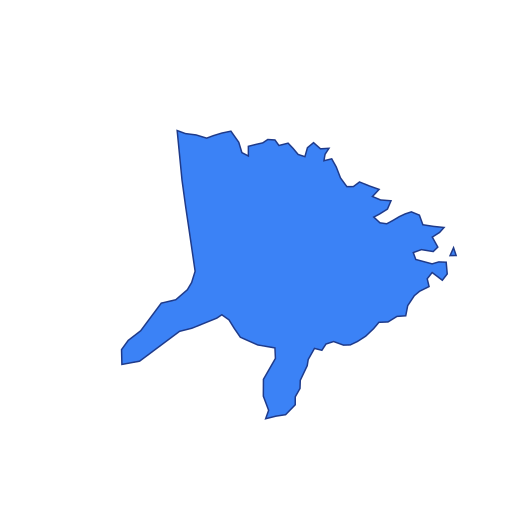 São Valério do Sul, Rio Grande do Sul, Brazil, rotated 146°
{"feature_id": "56859067B99294936574349", "entity_name": "São Valério do Sul", "entity_type": "district", "adm_level": 2, "iso_a3": "BRA", "parent_name": "Brazil", "parent_adm1": "Rio Grande do Sul", "projection": "orthographic", "projection_center": [-53.922, -27.829], "detail": "fine", "context": "isolated", "style": "filled", "palette": "blue", "viewbox_px": 512, "rotation_deg": 146, "n_neighbors": 0, "source": "geoboundaries", "source_scale": "gbopen_adm2", "svg_char_len": 1615}
<svg xmlns="http://www.w3.org/2000/svg" viewBox="0 0 512 512"><g transform="rotate(146 256 256)"><path d="M116.7,242.4L123.0,250.9L128.8,259.5L136.5,259.1L141.9,262.7L142.3,273.5L139.7,284.9L138.9,294.2L146.4,297.0L141.9,301.7L135.3,304.5L142.6,308.8L144.9,317.8L152.8,317.0L159.9,311.0L164.3,316.6L165.1,324.5L166.3,331.6L175.2,334.8L175.4,341.6L181.1,346.0L187.1,346.0L193.5,348.5L201.0,351.2L206.4,343.2L209.9,349.6L206.7,359.9L207.0,373.5L215.5,377.0L224.0,379.6L231.0,381.3L238.0,389.9L246.1,397.0L251.2,404.1L274.9,360.3L286.9,335.9L296.7,315.4L315.0,277.4L324.2,270.0L331.8,266.4L347.0,264.6L360.9,269.9L393.4,258.5L409.1,257.5L419.8,253.6L427.8,241.1L411.3,233.9L361.5,236.3L349.6,232.0L323.2,226.4L317.2,226.4L314.1,218.2L314.5,208.2L314.4,197.4L304.3,181.3L291.7,169.2L297.2,160.2L318.8,149.6L328.3,135.7L331.8,121.0L339.0,115.7L329.1,112.1L320.2,107.9L306.7,110.7L302.2,117.3L293.6,121.6L288.8,128.2L274.9,136.4L270.6,141.0L259.2,146.7L254.1,141.0L247.2,143.9L239.5,141.7L233.3,133.2L227.6,129.6L219.7,128.4L209.9,128.2L199.2,130.0L191.2,132.3L183.4,127.5L172.9,127.1L165.3,122.7L158.0,130.0L146.9,134.6L140.1,135.3L129.6,133.9L126.8,141.4L119.2,143.8L115.1,131.7L107.5,134.2L101.8,144.5L107.8,148.9L114.4,151.0L125.5,163.8L123.7,170.9L115.3,168.8L106.6,160.6L100.3,161.7L99.3,173.1L90.5,172.9L84.2,174.5L92.3,181.3L100.2,188.6L97.7,198.5L102.5,205.7L108.8,207.5L115.3,208.5L122.3,208.9L129.6,209.6L134.7,214.2L136.6,222.4L130.0,221.7L120.8,221.4L113.2,226.3L121.4,232.8L126.2,240.2L116.7,242.4ZM94.9,147.8L89.8,144.5L87.6,152.4L94.9,147.8Z" fill="#3b82f6" stroke="#1e3a8a" stroke-width="1.5"/></g></svg>